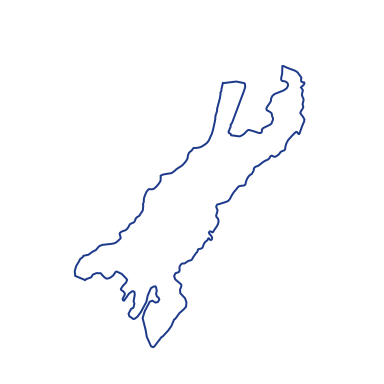 outline of San José El Ídolo, Suchitepéquez, Guatemala, rotated 208°
{"feature_id": "79465075B37305924039286", "entity_name": "San José El Ídolo", "entity_type": "district", "adm_level": 2, "iso_a3": "GTM", "parent_name": "Guatemala", "parent_adm1": "Suchitepéquez", "projection": "robinson", "projection_center": [-91.439, 14.373], "detail": "fine", "context": "isolated", "style": "outline", "palette": "blue", "viewbox_px": 384, "rotation_deg": 208, "n_neighbors": 0, "source": "geoboundaries", "source_scale": "gbopen_adm2", "svg_char_len": 6076}
<svg xmlns="http://www.w3.org/2000/svg" viewBox="0 0 384 384"><g transform="rotate(208 192 192)"><path d="M255.7,63.1L247.2,63.9L245.0,64.0L244.6,65.3L241.0,69.3L240.7,72.6L238.3,75.5L234.5,77.4L230.2,75.8L227.4,75.3L226.5,75.6L225.0,76.7L223.6,78.6L222.4,81.4L221.9,85.7L221.1,86.4L215.6,86.7L209.1,84.6L208.0,83.9L207.7,81.0L209.0,76.6L209.3,73.0L208.6,72.3L206.0,72.0L203.9,71.1L203.2,69.9L203.1,65.2L202.3,64.1L201.0,64.2L199.9,72.7L198.3,76.2L197.2,76.8L195.9,76.7L194.3,74.4L192.3,68.2L190.4,66.3L189.5,62.8L189.6,61.8L190.9,60.2L190.9,54.8L189.0,52.9L184.1,52.3L183.1,53.2L181.6,56.3L180.8,62.0L180.7,73.5L182.5,79.9L183.1,87.8L181.7,90.2L180.1,91.5L179.0,91.0L177.5,89.1L176.7,88.2L176.0,85.3L174.0,83.4L171.8,82.9L170.4,81.7L170.5,78.8L172.2,77.3L176.0,77.4L177.8,75.3L177.8,64.8L176.4,57.5L168.6,48.9L163.8,42.8L155.8,36.6L153.9,36.6L152.8,37.6L150.9,49.2L149.9,51.2L148.0,58.5L147.3,63.8L147.9,71.0L147.2,72.2L146.2,79.3L144.3,84.2L143.4,88.0L145.2,92.1L148.4,95.0L154.8,97.1L156.7,100.1L157.2,104.0L158.2,105.3L165.8,107.0L168.3,109.3L168.5,112.1L168.1,113.0L166.7,114.3L166.1,115.2L166.0,116.1L166.1,116.8L166.4,117.5L167.0,118.3L167.5,119.3L167.9,120.3L167.9,121.3L167.7,123.0L167.2,124.0L166.7,124.5L165.2,125.3L164.5,126.3L164.1,127.2L163.7,128.0L163.2,128.9L162.6,129.6L161.0,131.2L160.5,131.9L160.3,132.9L160.4,134.2L160.3,135.2L160.2,136.2L159.9,138.4L159.8,139.5L159.3,141.4L159.3,142.1L159.7,144.1L159.0,145.0L157.7,146.0L156.9,146.9L156.7,147.6L156.7,148.8L156.8,149.7L157.1,151.0L157.1,152.8L157.0,153.4L156.8,154.3L155.8,156.6L155.7,157.5L155.9,158.1L155.6,158.9L154.8,158.9L153.9,158.4L152.8,158.4L152.3,159.4L152.3,160.1L152.7,161.0L153.2,161.5L154.6,162.4L157.1,163.3L158.0,164.1L158.0,164.8L157.8,165.5L157.3,165.8L156.6,166.0L155.2,165.9L154.6,166.6L154.5,169.1L154.0,173.4L154.0,175.9L154.6,178.2L155.8,180.0L156.8,180.8L158.1,181.2L158.7,181.5L159.6,182.4L160.5,186.7L161.0,188.0L163.2,189.8L163.8,190.6L163.9,191.2L163.9,191.9L163.7,193.0L162.4,194.0L157.0,199.6L156.0,200.9L155.7,201.8L155.3,203.5L155.3,207.8L155.0,211.6L154.2,215.0L153.8,217.6L153.0,219.4L150.8,221.1L149.5,221.8L148.9,222.6L148.4,223.6L148.8,225.1L149.5,228.3L149.5,230.2L149.4,232.2L148.7,234.4L147.7,236.0L147.6,238.1L147.6,239.9L148.4,241.9L148.3,242.9L147.6,244.3L145.8,246.3L144.7,248.6L143.6,251.2L142.2,253.8L140.8,255.5L140.0,256.7L139.5,258.1L139.5,259.9L139.3,260.8L138.6,261.6L137.9,261.6L136.5,261.6L135.3,262.0L134.4,263.1L133.1,265.7L132.7,267.5L132.7,268.5L132.0,269.9L130.8,271.3L130.0,272.3L129.9,273.6L130.9,276.2L131.5,279.4L131.5,282.8L130.3,287.9L129.1,292.0L128.4,293.8L127.7,294.2L126.7,294.0L126.0,293.5L125.3,293.3L124.6,293.5L124.5,294.1L124.8,295.7L125.7,301.9L126.1,306.8L126.8,308.8L128.9,310.3L133.4,312.4L133.6,313.6L133.7,315.2L133.5,316.3L133.5,318.9L134.3,320.2L135.3,321.0L135.7,321.8L136.5,325.2L137.5,326.8L138.9,327.7L140.3,329.1L141.0,330.5L141.7,333.5L142.3,334.2L144.9,335.5L144.8,336.1L143.7,338.8L143.7,339.9L143.8,340.9L144.6,341.4L145.8,340.8L147.4,340.9L148.1,341.8L148.7,343.0L149.0,344.1L150.5,345.1L153.0,346.2L154.8,347.1L156.4,347.4L158.8,347.4L161.5,347.0L164.5,346.6L167.0,346.3L167.6,346.3L170.6,346.1L171.3,345.5L168.2,339.3L167.7,337.8L166.8,334.7L166.6,334.0L165.8,332.9L165.2,332.5L164.1,332.5L162.3,333.2L161.7,333.3L161.1,333.4L160.2,333.3L159.5,333.2L158.8,332.9L157.9,332.3L157.2,331.1L157.1,330.3L157.1,328.7L157.2,327.7L157.6,327.0L158.8,324.7L162.5,320.3L163.9,318.7L165.0,317.3L165.3,316.7L165.6,316.0L166.1,314.6L166.2,313.3L166.0,311.9L165.8,311.0L165.2,309.7L165.0,308.8L165.1,307.1L165.5,304.1L165.6,302.9L165.6,300.9L165.4,300.3L164.6,299.6L164.0,299.3L163.3,299.3L162.0,299.4L160.3,299.2L159.4,299.1L158.8,298.9L158.4,298.5L157.3,297.2L156.7,296.4L155.3,295.3L154.8,294.6L154.5,293.8L154.3,292.8L154.3,292.1L154.0,289.9L154.2,289.1L154.6,288.2L156.8,285.1L158.3,283.1L158.8,282.4L159.2,281.6L159.5,280.5L159.5,279.7L158.9,278.8L158.7,278.2L158.6,277.1L159.0,276.5L159.5,276.1L160.4,275.7L161.5,275.3L164.0,275.0L165.1,274.7L166.8,274.5L169.1,273.9L170.5,273.7L171.2,273.3L171.8,272.6L172.1,271.9L172.9,269.1L173.3,267.7L174.1,266.1L174.9,265.0L175.7,263.8L176.7,263.2L178.8,262.4L181.2,261.6L182.2,261.1L184.1,260.5L185.1,261.4L187.3,261.5L188.0,262.3L188.6,268.0L189.4,269.4L189.1,272.0L193.7,306.6L194.5,310.1L196.2,312.4L197.1,312.6L204.8,310.3L215.1,303.1L215.9,302.8L214.5,297.3L213.5,294.8L213.5,292.9L212.7,291.8L211.3,287.5L208.8,276.9L208.0,275.7L207.0,270.1L205.4,266.6L202.7,257.1L201.8,252.6L201.6,248.9L201.5,247.5L201.3,246.1L201.6,243.7L201.8,242.5L202.5,240.8L203.2,239.5L204.7,236.8L205.3,236.1L205.9,235.3L206.9,234.4L208.3,233.3L208.9,232.9L211.0,231.8L211.5,231.0L211.7,229.0L211.9,228.1L212.2,227.4L212.7,226.4L213.0,225.5L213.0,224.9L213.0,224.0L212.8,222.8L212.5,221.6L211.8,219.9L211.7,219.1L211.7,218.3L211.7,217.4L212.1,214.7L212.8,212.0L213.4,210.3L216.0,205.7L216.7,204.2L217.0,203.1L218.0,200.9L218.8,199.3L219.4,198.7L220.4,197.9L221.9,196.9L225.4,194.1L226.2,193.3L226.9,192.4L227.3,191.5L226.8,190.8L225.8,188.8L225.2,187.5L225.0,186.5L225.0,185.8L225.3,183.2L225.7,181.1L226.5,178.7L226.9,177.6L227.5,176.6L228.1,176.0L228.7,175.6L229.7,175.0L231.1,174.5L231.6,174.0L232.0,172.3L232.2,171.3L232.2,170.5L232.1,168.2L232.0,167.4L231.6,164.6L231.4,163.8L231.0,162.8L230.0,160.8L229.8,160.0L229.7,159.0L229.4,157.8L228.9,157.4L228.5,156.9L228.0,155.4L227.6,154.5L227.2,153.7L226.9,153.0L226.9,152.1L226.9,151.2L227.2,148.9L227.3,146.5L227.7,145.6L228.7,144.0L229.0,143.2L229.2,142.1L228.9,139.9L228.9,139.0L229.0,138.2L229.5,137.3L230.9,135.6L231.4,134.9L231.7,134.1L231.7,133.3L231.7,130.9L231.8,130.1L232.1,128.5L232.9,126.9L233.6,126.1L234.4,125.4L235.0,124.6L235.8,123.5L236.4,122.2L236.3,121.1L234.9,119.6L233.9,118.7L233.3,117.5L234.0,115.2L234.6,113.5L235.3,112.0L235.7,111.3L236.1,110.7L237.0,109.8L239.4,107.9L241.9,106.3L244.0,104.8L246.1,103.4L246.6,103.0L247.5,101.8L248.1,101.0L248.6,100.3L249.7,95.5L251.7,92.7L254.0,88.0L257.9,84.7L257.9,83.3L259.3,80.2L259.2,77.7L259.5,72.2L258.4,67.1L255.7,63.1Z" fill="none" stroke="#1e3a8a" stroke-width="2"/></g></svg>